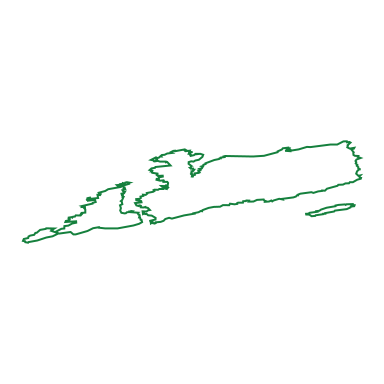 Midsund nor, Møre og Romsdal, Norway
{"feature_id": "86288312B63087388072573", "entity_name": "Midsund nor", "entity_type": "district", "adm_level": 2, "iso_a3": "NOR", "parent_name": "Norway", "parent_adm1": "Møre og Romsdal", "projection": "equal_earth", "projection_center": [6.741, 62.695], "detail": "fine", "context": "isolated", "style": "outline", "palette": "green", "viewbox_px": 384, "rotation_deg": 0, "n_neighbors": 0, "source": "geoboundaries", "source_scale": "gbopen_adm2", "svg_char_len": 6046}
<svg xmlns="http://www.w3.org/2000/svg" viewBox="0 0 384 384"><path d="M185.5,149.8L184.8,149.4L175.1,151.2L175.0,150.7L173.3,150.9L171.1,152.0L172.5,152.9L167.2,153.5L164.6,154.8L161.9,155.0L160.9,155.8L161.4,156.5L160.1,156.5L158.8,157.7L155.8,158.2L155.7,157.5L151.0,159.9L153.7,160.5L154.1,160.9L153.3,161.1L154.6,161.4L156.4,161.1L156.1,160.3L157.2,159.9L157.5,160.8L160.0,161.6L165.8,161.6L165.9,162.3L167.2,162.0L170.5,165.5L155.4,167.0L155.0,167.8L151.5,168.4L149.7,170.0L152.0,170.6L151.3,171.4L152.2,171.4L152.0,172.6L152.7,172.9L158.3,173.7L156.8,174.2L156.6,174.9L157.8,175.9L162.7,175.7L162.8,176.6L158.8,177.4L158.9,178.8L156.7,178.9L156.5,179.8L160.1,180.7L163.6,180.3L164.1,181.2L163.2,181.2L163.3,181.9L167.3,181.9L168.1,183.0L167.6,185.9L167.1,185.4L165.8,185.4L165.4,186.1L161.3,186.0L162.3,186.9L164.9,186.5L165.9,187.4L167.2,187.3L166.8,188.0L167.7,188.0L167.3,188.5L165.0,188.0L165.5,188.7L163.7,188.3L163.3,189.0L159.3,189.0L158.0,189.8L154.4,189.7L153.6,190.1L154.3,191.1L153.1,191.8L146.9,193.0L147.2,193.7L145.7,194.9L143.0,194.7L143.3,195.9L140.5,196.6L140.8,198.0L139.7,198.8L136.2,199.1L136.3,200.2L141.2,201.1L141.5,202.3L135.1,203.1L136.4,205.4L138.9,206.1L139.3,205.4L140.2,205.5L140.9,205.8L140.8,207.3L143.4,207.5L146.4,206.7L145.0,207.4L147.9,207.9L149.9,210.0L147.9,210.4L146.6,211.5L142.6,211.3L143.0,214.1L144.4,213.4L145.1,214.1L146.6,213.9L148.1,215.3L151.7,215.6L155.6,217.9L155.5,219.5L150.2,220.8L150.3,221.3L153.4,221.4L150.8,222.0L150.9,223.4L151.7,222.9L154.4,223.5L154.4,223.1L155.7,223.0L155.7,222.3L160.6,221.9L163.6,220.8L165.3,219.0L169.1,217.8L171.9,218.6L184.1,215.4L194.2,213.7L193.8,213.2L198.6,212.2L200.7,211.0L202.1,211.2L202.1,210.5L202.9,210.0L208.6,207.9L213.9,206.9L220.1,206.7L223.0,205.1L229.2,205.2L230.0,203.7L234.5,204.3L237.2,203.9L237.1,203.2L238.0,202.7L242.9,202.7L243.2,201.2L245.9,201.1L246.3,200.5L249.0,200.6L248.6,201.6L251.3,201.6L253.5,201.5L257.0,199.9L263.7,199.5L264.2,200.6L265.5,201.0L265.1,201.8L269.1,201.5L271.3,200.5L272.2,201.4L273.5,200.5L279.2,198.8L282.3,199.4L281.9,198.9L293.4,197.4L296.0,196.5L297.0,195.3L298.1,195.3L298.1,194.6L300.3,193.7L311.4,192.2L313.4,192.9L318.2,191.4L322.2,190.9L322.2,190.5L324.9,190.7L327.0,188.7L337.5,185.8L338.3,184.8L343.0,184.6L345.4,183.4L349.0,183.3L349.8,182.2L352.9,182.2L357.2,179.7L360.8,178.7L361.0,178.0L360.1,178.0L359.3,176.6L360.4,175.4L358.4,175.8L356.2,173.7L357.0,171.4L359.1,169.3L360.6,169.5L358.3,168.5L358.3,167.1L356.8,165.8L357.4,165.0L355.7,163.4L356.3,162.2L355.5,161.0L356.5,159.5L360.6,158.0L357.9,157.0L358.3,156.0L354.9,155.8L353.5,155.0L353.3,152.8L353.7,152.3L351.2,149.3L353.8,148.7L354.3,147.8L349.8,148.6L347.3,147.3L347.9,145.7L347.6,145.2L350.5,142.6L349.5,142.0L347.0,142.3L346.8,141.3L343.4,141.4L337.3,144.5L330.7,144.5L310.4,147.1L307.0,146.9L298.6,149.4L290.5,150.7L290.5,151.2L285.1,150.8L286.9,150.4L288.1,149.1L289.0,149.1L288.6,148.6L289.4,148.6L289.2,148.4L287.5,148.9L288.1,148.4L287.2,148.5L287.6,147.7L282.8,148.3L281.9,149.5L277.6,151.4L277.6,152.2L264.0,155.8L252.9,156.5L225.2,156.0L223.8,156.4L224.3,157.1L220.8,157.6L220.8,158.3L219.5,158.3L219.1,159.0L214.3,160.0L205.5,163.3L205.6,164.0L203.4,164.8L203.3,165.9L201.7,166.4L202.7,166.9L201.9,168.3L199.7,168.8L200.8,169.5L200.6,170.2L198.4,170.5L199.4,172.1L198.5,172.1L198.6,172.9L194.6,173.4L194.9,174.8L193.4,175.2L192.8,176.6L191.9,176.5L192.3,175.3L191.3,174.3L191.9,173.8L191.1,173.1L191.8,172.2L191.5,171.3L193.3,170.9L194.1,169.8L193.2,169.8L193.1,168.6L190.9,168.7L190.0,167.8L190.8,167.7L191.2,166.1L190.3,165.9L191.2,165.8L188.6,163.8L188.7,162.1L191.3,161.3L193.6,161.6L195.3,160.5L198.8,159.8L202.4,156.9L203.2,154.8L200.2,153.8L195.8,154.3L196.3,153.9L195.4,153.9L194.1,155.1L190.6,155.9L190.1,154.9L191.0,154.9L190.0,153.7L188.7,153.8L189.0,152.8L192.6,152.0L190.3,152.1L189.4,151.6L189.8,150.7L185.4,151.2L184.4,150.3L185.5,149.8ZM128.3,183.2L129.7,182.7L126.9,182.2L125.2,182.6L124.8,183.5L123.0,183.1L123.0,183.6L120.4,184.1L120.9,184.8L116.9,185.1L118.3,186.4L121.4,186.4L121.0,186.9L108.2,189.2L105.2,191.0L98.6,192.8L99.2,194.4L100.5,194.4L100.1,195.1L97.5,194.9L98.1,198.0L89.3,199.0L88.4,198.9L90.9,197.4L87.4,198.2L87.1,199.8L88.0,199.8L88.0,200.7L95.0,199.9L95.7,202.0L92.7,202.9L92.6,203.6L81.7,206.1L82.6,206.5L82.2,207.0L84.9,206.9L85.0,208.1L84.1,208.1L85.3,209.5L85.3,212.6L81.7,212.9L81.8,213.8L80.9,213.9L80.5,214.6L81.4,214.6L80.6,215.5L75.7,215.4L74.9,216.6L73.1,216.7L72.3,217.6L71.8,217.1L68.7,217.6L68.7,218.3L69.6,218.3L69.7,219.0L68.8,219.1L69.3,220.2L65.8,221.0L65.4,222.0L76.1,221.3L76.2,222.7L72.2,223.5L68.4,225.6L64.4,226.1L64.3,228.5L61.4,228.8L55.7,231.8L58.9,233.6L70.6,232.0L73.4,234.4L75.7,234.4L87.5,231.0L93.1,228.2L98.8,227.2L98.8,227.7L105.1,228.4L117.6,228.4L133.4,225.5L139.1,223.8L142.1,222.1L141.5,219.8L140.6,219.8L140.0,217.4L139.1,217.4L139.7,215.5L139.4,214.6L138.5,214.6L137.5,213.0L137.9,212.7L131.2,212.2L132.5,211.2L131.1,211.0L130.7,211.7L129.4,211.5L129.4,212.0L126.8,212.3L125.9,213.2L124.6,213.4L121.4,212.8L120.2,210.5L120.9,208.1L120.0,205.3L123.1,203.8L122.2,203.9L121.8,201.7L120.9,201.1L122.1,200.1L123.5,197.0L122.6,197.0L122.9,195.4L122.0,195.4L121.5,193.7L124.1,193.2L124.9,191.8L123.6,192.0L122.6,190.4L123.5,190.4L123.4,189.2L125.2,189.2L124.6,187.5L123.7,187.6L122.7,185.7L128.8,183.9L128.3,183.2ZM54.3,228.5L46.2,228.3L45.8,228.9L40.1,229.9L36.7,232.8L35.4,232.9L34.2,234.8L30.2,235.6L28.5,236.5L28.2,238.0L23.8,239.0L23.0,240.9L25.1,241.3L25.3,242.2L28.1,242.7L28.5,242.1L37.3,240.5L46.4,237.5L52.6,236.3L57.3,234.0L57.4,233.1L56.8,232.7L51.4,230.9L52.2,230.3L51.8,230.0L54.3,228.5ZM345.0,204.4L338.6,204.9L335.5,205.5L335.5,206.2L326.7,207.7L321.0,209.6L319.3,210.8L316.6,211.1L317.1,211.8L309.6,212.8L308.3,213.7L306.1,213.8L306.2,214.5L309.3,214.6L311.6,216.2L315.2,215.9L315.6,215.3L323.1,214.2L323.1,213.8L325.3,213.7L325.2,213.1L334.1,211.5L334.9,210.6L346.8,209.1L350.5,207.4L350.7,206.6L354.2,206.2L354.6,205.2L351.9,204.8L352.3,204.1L346.5,204.3L345.7,204.9L345.0,204.4Z" fill="none" stroke="#15803d" stroke-width="2"/></svg>